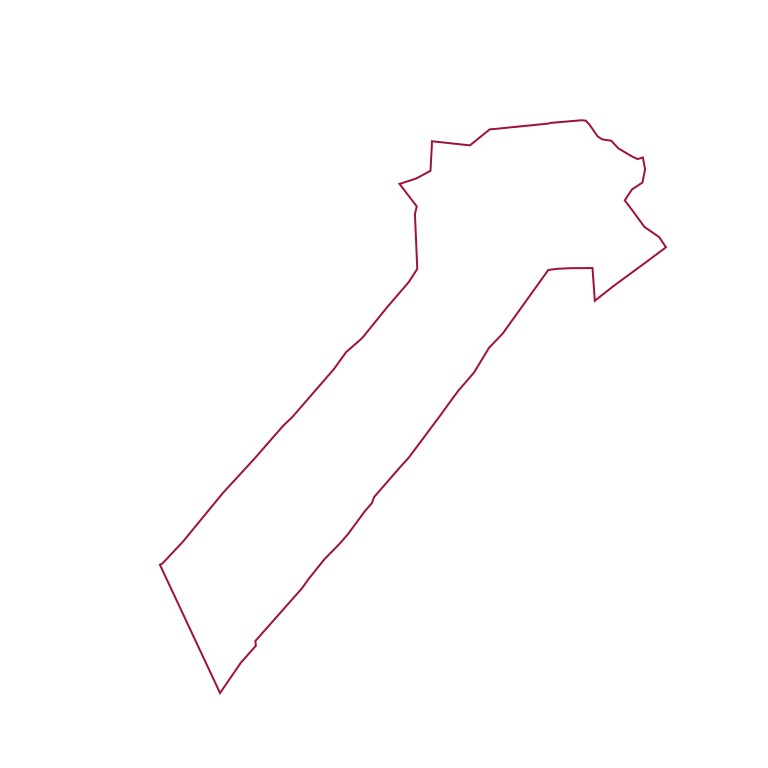 Chinguitti, Adrar, Mauritania, rotated 131°
{"feature_id": "47542326B90495786476095", "entity_name": "Chinguitti", "entity_type": "district", "adm_level": 2, "iso_a3": "MRT", "parent_name": "Mauritania", "parent_adm1": "Adrar", "projection": "mercator", "projection_center": [-10.907, 20.124], "detail": "fine", "context": "isolated", "style": "outline", "palette": "rose", "viewbox_px": 768, "rotation_deg": 131, "n_neighbors": 0, "source": "geoboundaries", "source_scale": "gbopen_adm2", "svg_char_len": 1103}
<svg xmlns="http://www.w3.org/2000/svg" viewBox="0 0 768 768"><g transform="rotate(131 384 384)"><path d="M169.4,507.1L173.4,503.7L178.9,499.5L192.6,488.8L204.3,493.2L207.7,494.5L222.8,503.5L228.5,475.8L235.4,472.2L275.3,434.4L290.7,432.2L324.0,432.0L363.7,430.6L384.8,433.5L405.6,431.6L468.9,431.5L481.8,432.7L525.9,432.8L572.0,434.1L635.4,432.3L665.0,433.5L667.4,434.6L724.8,305.0L688.3,309.2L665.6,309.0L662.3,312.5L631.0,312.2L617.0,312.1L592.1,311.9L580.2,313.0L555.4,314.0L533.8,312.7L520.8,312.7L492.7,315.0L482.0,315.0L475.5,317.3L446.3,317.3L436.6,317.3L423.5,317.0L403.1,318.5L369.7,321.0L356.7,322.2L340.5,323.5L315.7,323.6L315.0,323.8L287.7,328.5L268.3,327.5L190.1,334.8L183.1,328.5L174.3,319.3L159.7,302.7L182.9,279.5L159.7,275.1L116.2,265.3L95.8,260.9L92.6,272.7L94.6,290.4L89.8,311.6L87.5,322.7L82.4,323.5L74.5,324.5L62.3,321.1L50.6,327.9L43.2,337.2L47.9,340.2L49.5,345.9L50.5,351.1L52.4,361.6L51.3,372.1L56.1,379.6L57.0,385.0L55.0,392.9L53.4,399.4L52.9,404.5L55.5,408.1L77.9,429.8L79.6,430.8L122.6,471.3L147.5,475.7L169.4,507.1Z" fill="none" stroke="#9f1239" stroke-width="2"/></g></svg>